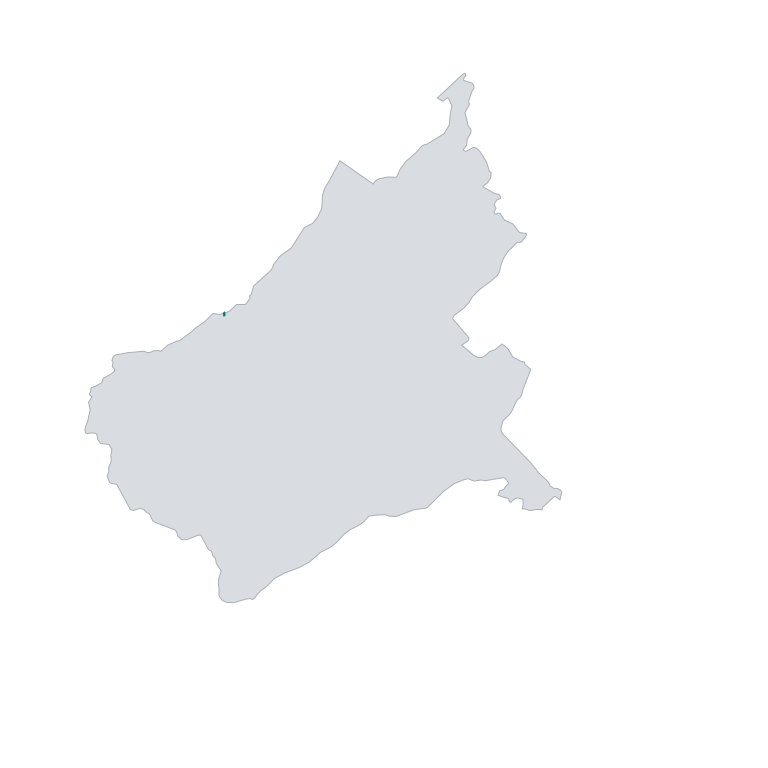 Goma, Nord-Kivu, Democratic Republic of the Congo (highlighted), rotated 227°
{"feature_id": "63176286B45383896961526", "entity_name": "Goma", "entity_type": "district", "adm_level": 2, "iso_a3": "COD", "parent_name": "Democratic Republic of the Congo", "parent_adm1": "Nord-Kivu", "projection": "equal_earth", "projection_center": [29.189, -1.656], "detail": "medium", "context": "in_parent", "style": "filled", "palette": "teal", "viewbox_px": 768, "rotation_deg": 227, "n_neighbors": 0, "source": "geoboundaries", "source_scale": "gbopen_adm2", "svg_char_len": 4217}
<svg xmlns="http://www.w3.org/2000/svg" viewBox="0 0 768 768"><g transform="rotate(227 384 384)"><path d="M577.3,504.0L537.6,512.5L538.4,515.5L538.0,518.7L537.0,521.1L533.0,527.7L527.0,533.8L527.0,535.2L530.0,542.0L531.9,551.2L531.4,567.5L532.2,571.9L532.1,575.3L530.1,579.1L526.1,598.7L528.8,608.1L536.6,617.0L541.2,623.5L548.9,625.9L550.2,625.5L550.6,620.1L556.8,618.0L556.8,652.7L556.3,654.7L555.2,655.1L553.7,654.0L553.2,650.7L551.6,649.3L544.1,653.6L542.2,653.5L540.1,652.7L538.6,650.9L538.2,648.3L532.9,638.2L530.3,637.5L527.3,628.4L515.5,621.7L511.0,621.2L508.6,619.1L506.2,611.9L502.3,607.3L501.4,602.2L500.6,601.5L498.2,602.5L496.1,610.6L493.5,612.5L488.6,612.7L476.5,610.4L467.8,606.2L465.5,606.5L462.0,602.7L460.5,596.5L461.3,591.6L460.6,590.9L447.4,595.0L444.3,597.4L441.3,596.8L440.3,595.5L441.6,592.2L440.9,588.6L440.0,586.9L436.0,585.6L434.8,581.7L432.4,581.1L431.6,581.7L431.0,584.3L429.6,585.2L421.7,583.9L413.4,587.4L402.4,586.4L397.2,590.5L396.4,590.4L395.3,588.3L394.2,581.7L394.7,579.9L396.4,578.6L396.9,576.0L396.3,569.1L396.8,567.5L396.1,563.5L394.4,557.2L392.1,552.1L387.1,544.4L386.1,540.8L386.4,532.1L387.9,518.4L387.6,508.3L385.6,501.7L385.1,494.6L386.3,481.7L385.0,478.7L359.8,477.6L358.8,476.6L358.3,474.9L359.4,467.3L344.0,469.2L339.5,470.6L336.6,473.7L335.7,477.6L335.7,483.2L333.4,488.5L332.8,497.5L328.6,498.5L324.3,498.5L316.1,496.6L308.2,499.1L304.3,501.6L302.2,500.4L295.1,501.3L294.2,500.6L285.8,482.9L282.1,477.0L281.4,474.1L281.7,471.4L280.6,467.7L276.8,458.5L276.0,454.3L276.1,447.6L275.7,445.4L272.2,439.7L269.9,437.8L267.4,436.8L226.2,437.6L212.6,436.5L202.7,437.3L197.7,436.8L196.3,435.9L191.7,437.1L189.4,439.5L185.8,440.8L183.6,440.3L179.3,433.7L185.1,432.5L185.5,431.9L185.7,416.0L184.2,413.8L187.3,411.1L192.2,404.1L197.1,401.6L197.7,400.2L198.8,400.3L200.6,403.2L204.8,407.0L210.1,403.7L210.6,402.7L211.2,395.9L212.6,395.3L214.8,396.8L216.1,396.8L218.3,394.9L225.0,391.5L227.0,395.8L225.2,399.7L226.0,402.5L226.2,406.9L227.3,407.8L232.6,408.3L234.2,407.3L244.5,391.7L247.3,389.9L251.6,383.7L257.5,380.9L260.0,376.0L263.3,367.3L264.8,354.7L264.1,332.9L264.6,330.0L271.6,320.2L278.9,302.4L283.8,297.7L287.5,295.8L293.1,289.3L297.7,282.7L297.0,274.9L298.1,268.3L300.6,260.0L301.4,251.2L300.5,242.0L300.9,234.4L304.3,222.3L304.6,208.4L307.6,196.8L313.7,182.0L316.5,171.0L316.0,160.2L316.9,152.2L316.6,147.5L315.5,143.4L316.1,140.8L318.4,139.8L321.2,135.7L326.4,125.0L331.9,119.8L335.7,118.2L339.7,118.4L342.2,119.3L346.4,123.5L351.2,126.8L354.8,131.0L358.3,137.4L366.9,138.9L370.5,141.2L372.7,142.1L373.6,141.5L375.3,141.8L379.3,143.8L382.6,142.7L398.4,146.9L400.2,144.8L404.6,133.7L407.9,129.9L413.3,129.5L417.5,131.6L419.8,131.6L439.2,122.1L441.7,121.6L448.8,123.9L453.4,122.4L455.2,122.8L459.2,121.2L462.4,114.5L465.1,112.9L493.0,120.1L497.3,116.6L499.3,116.2L505.5,118.7L507.4,122.8L511.1,126.3L513.7,132.2L517.9,135.4L520.0,138.5L522.4,140.7L527.5,141.5L533.9,136.2L538.5,136.7L543.0,139.6L544.6,139.5L548.1,136.4L549.9,133.1L551.7,132.4L554.3,133.9L556.6,136.9L558.5,141.4L565.5,151.4L572.2,155.6L573.9,161.7L576.3,161.2L577.6,161.7L579.3,165.6L580.6,166.4L580.8,168.0L579.1,171.6L577.5,178.6L579.6,182.9L577.9,189.2L577.0,195.6L579.2,197.2L582.0,197.1L584.6,200.5L586.6,201.0L588.7,204.6L588.3,207.5L581.6,218.0L571.6,230.9L568.2,232.4L566.5,234.8L565.2,238.6L562.3,241.8L560.1,243.1L559.9,252.3L556.5,262.0L555.2,264.0L553.4,279.6L553.7,282.3L551.9,295.2L552.2,307.1L547.3,310.8L544.0,316.7L542.6,320.8L542.6,330.5L537.1,336.4L536.7,337.8L538.1,344.6L540.1,345.7L540.1,348.0L544.6,355.4L544.3,378.0L544.6,380.2L546.9,385.5L548.5,395.8L546.7,408.8L552.8,432.6L550.1,441.4L551.4,449.7L555.0,458.5L563.5,467.1L565.8,470.7L568.0,475.5L570.0,482.9L577.3,504.0Z" fill="#d9dde1" stroke="#a8b0b8" stroke-width="1"/><path d="M545.0,316.1L545.0,315.9L545.1,315.5L545.2,315.0L544.9,314.8L544.6,314.8L544.1,314.4L543.9,314.1L543.7,313.9L543.5,313.7L543.4,313.6L543.1,313.5L542.9,313.8L542.9,314.0L542.9,314.3L543.0,314.3L543.2,314.2L543.2,314.3L543.3,314.4L543.3,314.5L543.4,314.8L543.4,315.0L543.5,315.1L543.8,315.2L544.0,315.3L544.3,315.5L544.5,315.6L544.6,315.8L544.7,316.0L544.8,316.0L545.0,316.1L545.0,316.1Z" fill="#14b8a6" stroke="#0f766e" stroke-width="1.5"/></g></svg>